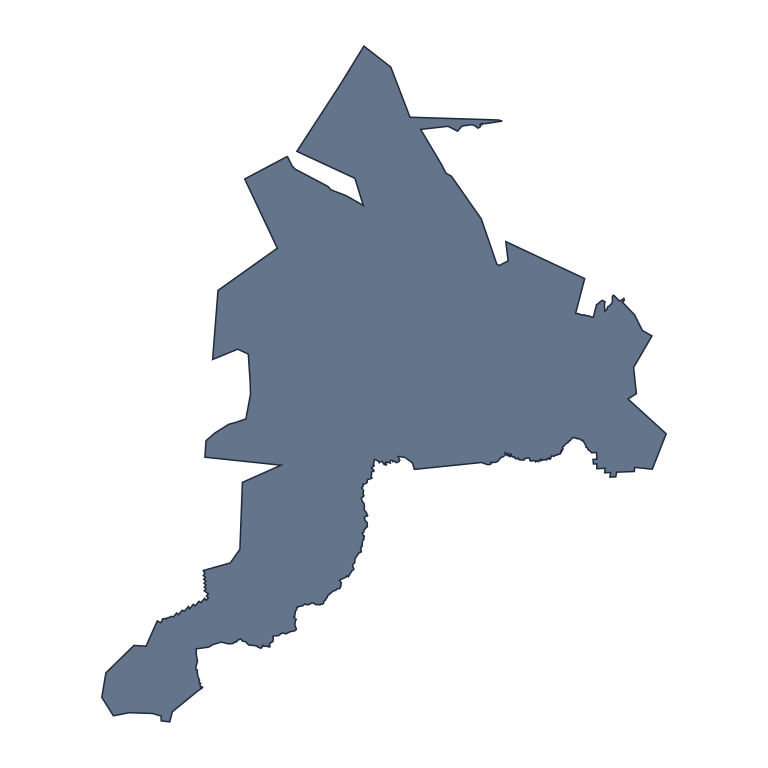 the district of Santa Clara, Durango, Mexico
{"feature_id": "50627088B43651685111163", "entity_name": "Santa Clara", "entity_type": "district", "adm_level": 2, "iso_a3": "MEX", "parent_name": "Mexico", "parent_adm1": "Durango", "projection": "mercator", "projection_center": [-103.397, 24.488], "detail": "fine", "context": "isolated", "style": "filled", "palette": "slate", "viewbox_px": 768, "rotation_deg": 0, "n_neighbors": 0, "source": "geoboundaries", "source_scale": "gbopen_adm2", "svg_char_len": 6117}
<svg xmlns="http://www.w3.org/2000/svg" viewBox="0 0 768 768"><path d="M480.5,124.0L482.1,124.6L482.0,123.6L485.1,123.7L502.3,121.1L498.5,120.0L410.0,117.2L390.8,67.1L363.9,46.1L340.1,84.8L296.8,151.4L354.9,178.3L363.3,205.5L346.2,195.7L330.9,189.8L327.9,186.4L295.1,169.1L292.2,166.1L287.6,156.9L287.1,156.5L244.7,179.0L277.3,248.2L218.0,290.4L212.6,359.5L237.6,349.2L248.3,354.1L250.1,381.7L250.5,394.2L245.9,418.9L234.5,422.8L228.9,424.2L215.0,432.9L206.0,440.7L204.9,457.2L281.0,465.2L242.4,482.4L239.9,549.2L230.3,562.9L203.6,570.4L204.2,570.9L203.6,571.5L205.0,573.2L203.3,575.5L205.4,577.2L203.7,579.4L205.9,581.0L204.0,583.3L206.0,584.9L204.2,587.1L206.1,588.6L204.2,590.8L208.2,593.8L206.4,596.1L208.4,597.7L206.2,600.3L204.6,598.3L201.0,602.7L199.0,601.3L195.3,605.8L193.3,604.3L189.6,608.8L188.4,606.5L184.5,611.2L182.2,610.2L178.5,614.6L176.6,613.0L173.3,617.0L171.4,616.3L168.2,617.9L166.4,618.2L166.4,619.0L164.8,618.5L162.6,618.9L161.0,622.8L157.3,620.9L146.0,646.2L134.0,645.4L105.9,672.8L101.8,697.4L113.4,715.8L129.2,712.7L152.6,713.5L161.0,716.0L161.2,720.9L169.8,721.9L172.3,711.8L197.4,691.3L202.5,687.7L202.6,687.2L201.6,686.6L200.8,687.0L199.9,685.3L200.7,683.3L199.4,682.9L198.7,682.0L199.6,680.3L197.5,675.4L197.7,673.7L197.3,673.0L197.4,670.0L196.0,669.8L195.8,669.3L196.2,665.8L197.5,661.3L196.3,654.6L196.3,648.8L207.7,647.3L210.3,646.4L212.3,644.8L221.1,642.1L228.7,643.9L232.9,643.6L235.0,641.9L236.0,642.2L236.8,641.6L237.3,640.5L240.8,638.9L241.2,639.1L242.1,641.0L245.5,641.7L248.2,644.5L249.7,645.4L251.1,645.2L256.0,645.8L258.1,647.2L260.9,648.3L262.8,646.4L262.8,645.4L263.9,646.2L265.5,646.4L266.8,646.0L268.5,647.0L270.1,646.7L269.9,645.7L269.2,645.1L269.7,644.4L270.2,642.8L271.7,642.5L272.2,641.6L272.9,641.5L273.0,641.2L273.3,638.8L273.2,637.9L272.5,637.2L272.7,636.5L274.4,635.8L277.9,635.8L279.4,635.0L281.9,633.1L284.8,633.4L285.3,633.8L286.7,633.6L289.9,631.8L294.8,630.8L296.1,629.7L296.3,628.4L295.1,626.0L294.9,624.4L295.4,620.9L296.2,619.5L295.8,618.7L294.4,617.9L293.9,616.9L295.0,616.0L294.5,614.9L295.3,613.5L295.3,611.2L296.6,609.7L297.2,606.8L298.1,607.0L300.3,606.1L302.1,606.1L305.1,603.9L307.1,604.9L308.6,604.6L309.7,604.3L312.0,602.6L316.6,604.9L317.3,604.5L318.4,604.5L319.8,605.0L321.0,604.3L322.8,604.0L323.6,603.2L323.7,601.9L324.3,600.9L325.6,600.1L325.5,599.6L327.3,597.2L328.1,595.0L329.1,594.7L329.7,593.8L330.3,593.6L332.8,591.2L335.8,590.3L336.5,589.3L337.4,588.8L339.2,588.8L340.0,588.1L340.7,586.8L341.3,582.9L341.0,582.2L339.3,580.2L346.2,577.1L347.1,575.7L348.4,576.7L352.1,570.5L352.8,570.4L353.8,569.1L353.9,568.6L352.5,566.1L353.0,564.2L354.7,562.9L355.1,558.6L358.9,553.0L361.3,551.9L361.4,551.4L360.5,550.0L360.5,549.5L361.2,549.0L361.0,547.1L362.3,546.2L361.9,545.2L362.3,544.1L362.4,542.2L363.2,539.7L364.1,539.1L363.6,537.2L364.4,536.5L364.0,535.6L363.1,535.1L362.2,533.2L363.8,532.4L363.7,531.1L364.4,529.7L365.8,528.0L367.5,526.6L367.1,524.8L367.3,522.7L364.7,520.2L364.9,519.4L364.3,517.2L366.2,516.1L367.2,516.1L367.7,515.5L367.0,514.7L366.9,513.5L366.3,512.4L364.2,509.9L364.5,506.0L363.9,503.3L361.9,500.7L361.5,497.8L363.8,496.2L363.9,495.5L363.3,494.4L363.2,492.3L363.6,490.5L361.6,487.8L363.3,486.2L362.8,485.0L363.2,484.2L366.0,483.5L367.1,482.5L367.5,479.5L370.7,478.8L371.6,478.3L372.0,477.8L371.1,476.3L371.7,473.9L371.3,473.2L371.3,472.1L372.1,471.6L373.7,471.4L374.0,470.8L373.3,469.5L371.6,468.4L371.6,467.7L372.5,467.1L372.8,466.0L373.2,465.7L374.0,466.1L374.1,465.1L373.6,464.6L373.5,462.9L374.1,462.4L374.4,459.7L374.7,459.5L375.2,459.5L378.0,461.0L379.3,462.7L379.8,461.9L382.0,461.4L384.1,464.5L386.1,465.0L386.4,464.9L386.5,464.0L385.3,463.9L385.0,463.0L386.0,462.0L390.4,463.0L390.1,461.6L390.7,460.6L392.3,460.4L393.1,461.8L394.6,461.1L396.1,462.6L397.2,462.5L398.8,461.7L399.8,460.4L398.1,456.5L404.9,457.4L411.1,461.9L412.7,463.5L414.3,469.4L481.6,462.5L487.0,464.5L488.9,464.7L491.1,463.9L491.5,463.0L491.2,462.3L492.9,462.5L495.7,462.3L497.8,461.4L500.2,458.3L501.7,457.2L503.4,456.7L505.1,455.0L505.6,453.9L505.2,452.7L506.2,453.2L506.9,455.2L507.5,455.6L508.0,454.1L508.6,453.6L508.9,455.5L509.5,456.6L510.2,456.6L510.5,455.0L511.1,454.3L511.5,456.0L512.3,456.8L512.9,457.1L514.5,456.8L515.0,458.3L516.1,458.9L517.4,458.8L518.2,458.0L518.8,459.4L519.5,459.9L524.1,460.0L524.7,459.5L524.7,458.7L525.1,458.2L527.1,458.2L528.3,457.8L529.4,458.3L530.0,460.6L530.9,461.1L531.4,461.1L532.9,460.4L533.7,460.8L535.1,460.8L535.7,461.8L536.3,460.8L536.7,461.2L537.6,461.0L538.3,461.7L538.9,461.0L540.3,460.8L540.0,459.7L540.6,459.1L541.1,460.5L542.4,460.4L543.0,459.5L543.9,459.9L545.7,459.5L546.0,460.0L547.6,459.3L547.6,458.5L548.9,457.9L549.5,459.2L550.0,459.2L550.6,458.7L550.9,457.3L551.5,456.8L551.6,455.8L554.2,456.3L555.4,455.0L557.1,455.2L558.1,454.1L559.5,454.4L560.0,454.1L560.6,453.4L560.7,451.9L561.5,452.1L561.7,451.8L561.3,450.2L562.3,450.3L563.1,448.8L562.6,447.6L563.3,446.3L564.7,445.4L565.3,444.2L568.2,442.5L568.5,441.2L570.1,440.8L570.8,439.7L573.1,437.4L574.5,438.0L575.0,437.7L577.6,438.9L578.1,438.2L581.8,440.4L582.6,440.1L583.0,440.4L583.1,441.3L584.1,442.4L585.3,444.8L586.0,445.5L585.9,447.1L587.4,448.0L588.4,450.2L589.6,450.6L591.7,452.8L596.5,452.5L596.9,459.2L593.0,459.4L593.4,464.0L596.9,463.9L596.8,468.7L605.1,468.3L604.6,472.8L610.6,472.5L609.9,477.1L615.8,476.9L616.5,472.2L634.3,471.5L634.7,467.4L652.3,469.2L666.2,433.8L628.0,399.0L636.4,393.7L633.6,367.5L652.0,335.9L642.4,330.5L634.7,315.0L622.3,302.1L623.9,301.0L624.3,299.7L623.8,298.4L622.9,299.4L619.4,300.9L613.7,295.2L613.1,295.4L612.4,296.4L612.4,301.7L611.7,303.5L609.0,306.2L607.8,306.7L607.0,309.1L605.1,311.2L604.9,311.3L604.5,304.6L605.0,301.6L602.3,300.3L600.0,301.9L598.1,303.8L596.5,304.5L593.4,317.0L592.7,317.3L591.9,316.9L590.8,316.9L589.3,316.0L584.9,315.3L584.6,314.9L581.8,314.9L579.4,314.2L578.8,313.7L575.6,313.4L584.7,278.6L505.8,241.6L508.1,260.9L499.3,265.5L496.8,264.1L481.3,218.9L451.4,176.2L446.0,173.2L441.7,164.8L420.7,129.4L448.1,126.3L457.6,131.2L462.1,126.0L471.9,124.7L474.6,125.6L478.0,128.2L480.6,126.6L480.1,124.5L480.5,124.0Z" fill="#64748b" stroke="#1e293b" stroke-width="1.5"/></svg>